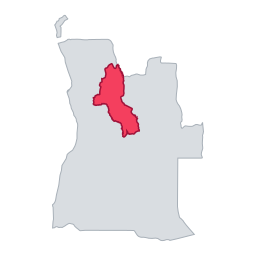 location of Malanje within Angola
{"feature_id": "AGO-1876", "entity_name": "Malanje", "entity_type": "Province", "adm_level": 1, "iso_a3": "AGO", "parent_name": "Angola", "parent_adm1": "", "projection": "equal_earth", "projection_center": [17.064, -9.524], "detail": "fine", "context": "in_parent", "style": "filled", "palette": "rose", "viewbox_px": 256, "rotation_deg": 0, "n_neighbors": 0, "source": "natural_earth", "source_scale": "10m", "svg_char_len": 8699}
<svg xmlns="http://www.w3.org/2000/svg" viewBox="0 0 256 256"><path d="M202.6,122.8L202.8,125.0L203.1,128.0L203.3,130.2L203.4,131.2L203.5,131.7L203.3,132.3L203.1,133.6L202.7,134.7L202.5,135.5L202.7,137.0L202.4,141.4L202.3,143.5L202.7,147.4L202.7,148.6L201.6,152.1L201.3,153.9L201.3,154.8L202.3,157.4L202.2,157.9L201.4,158.1L200.8,158.1L177.8,158.1L177.5,203.0L177.5,206.8L178.2,211.9L179.5,217.4L180.0,217.9L181.3,218.9L183.2,220.9L184.2,222.5L186.3,225.2L189.2,228.6L194.3,234.4L176.9,238.8L170.3,240.3L169.7,240.3L168.8,239.7L166.6,239.6L164.1,240.4L162.2,240.6L160.7,240.3L159.3,239.5L157.9,238.5L155.5,238.1L152.0,238.4L148.7,238.2L145.5,237.5L143.3,237.2L141.9,237.3L140.4,237.1L138.8,236.5L137.5,235.5L136.0,233.3L134.7,231.2L134.4,230.9L134.0,230.6L133.6,230.5L126.8,230.4L85.2,230.3L80.3,230.7L80.0,230.6L79.4,230.3L79.0,229.9L77.6,228.7L76.4,227.8L74.8,226.3L73.7,224.6L72.8,224.1L71.3,223.8L70.1,223.5L69.1,223.4L67.5,224.2L66.2,225.0L65.3,225.7L63.7,226.6L62.4,227.4L60.1,227.3L59.6,227.5L58.4,227.4L57.1,226.7L55.9,226.7L54.6,227.7L52.6,228.0L53.0,221.9L53.5,219.1L53.4,215.8L53.1,207.3L52.7,206.2L52.5,204.8L53.7,203.8L54.3,203.0L55.1,201.6L55.7,199.6L56.4,195.2L58.8,185.2L60.0,175.3L61.4,170.6L62.0,165.4L66.2,158.6L67.2,154.4L69.4,152.4L72.6,150.2L74.8,146.3L75.8,143.6L77.0,138.5L77.0,133.1L77.7,125.9L77.6,123.8L76.4,120.9L76.2,118.9L75.1,116.9L73.9,115.4L73.4,112.6L71.3,108.3L70.8,105.5L69.8,103.4L69.6,100.9L69.1,98.2L68.1,95.5L67.1,92.5L67.1,91.6L67.7,90.4L68.3,90.0L68.1,90.6L67.7,91.3L67.8,91.8L71.6,86.5L71.8,85.5L71.7,84.3L71.6,82.9L71.8,81.2L68.2,71.4L65.3,62.2L64.8,57.6L61.1,51.5L59.6,47.6L58.7,44.8L58.1,43.7L58.3,43.2L59.3,43.1L61.4,42.4L64.4,41.7L67.1,40.1L67.8,39.4L69.3,39.2L70.7,39.7L71.3,39.4L71.6,39.3L75.0,39.3L76.5,39.2L79.1,39.3L80.8,39.4L81.8,39.6L84.3,39.8L87.6,39.8L88.7,39.6L92.9,39.5L100.8,39.4L105.0,39.4L108.1,39.4L109.6,40.0L110.9,41.1L111.5,42.1L111.8,42.5L112.2,43.6L112.9,44.4L113.1,45.7L112.9,47.4L113.0,49.5L113.4,52.0L114.3,54.6L115.6,57.3L116.2,59.4L116.0,61.0L116.4,62.7L117.4,64.4L118.1,65.3L118.6,66.1L119.7,68.8L123.3,76.3L123.8,76.7L124.6,76.6L126.3,76.2L127.9,76.2L129.1,76.8L129.6,76.7L131.4,75.4L133.2,75.0L135.0,74.5L136.0,74.0L137.1,74.0L140.1,75.0L140.7,75.1L143.2,75.1L145.6,74.5L146.0,70.1L146.0,69.3L146.6,67.7L147.4,66.2L147.5,64.9L147.4,63.0L148.0,60.8L149.6,59.0L152.3,58.1L153.8,58.0L156.2,57.5L159.8,56.9L161.1,57.0L161.3,57.3L160.5,60.4L160.5,61.4L160.7,62.4L161.4,63.0L168.6,63.1L175.5,63.5L175.9,63.6L176.2,63.8L176.6,65.4L176.5,68.4L175.8,72.8L176.1,76.9L177.2,80.7L177.3,86.6L176.4,94.5L176.1,99.5L176.7,101.6L177.8,103.8L179.5,106.1L180.8,109.0L181.8,112.7L182.1,115.0L181.8,115.9L181.8,117.5L182.1,119.8L181.8,121.4L180.8,122.1L180.5,123.2L181.0,125.2L181.1,127.0L181.7,128.2L182.2,128.3L183.1,127.6L184.3,126.4L185.2,125.9L186.5,126.0L188.3,126.3L191.6,126.4L192.6,126.2L195.6,124.6L196.4,124.5L197.6,124.6L199.2,125.1L200.9,125.2L201.8,124.7L201.8,124.0L202.1,123.2L202.6,122.8ZM67.8,18.8L67.6,19.1L66.3,19.8L64.8,20.5L62.9,23.3L61.9,24.6L61.6,24.9L60.8,25.5L60.1,26.1L60.1,26.4L60.6,26.8L61.0,27.4L61.0,32.0L60.8,36.6L60.6,36.9L59.3,37.1L57.7,37.4L57.2,37.6L57.0,37.2L56.5,35.5L56.8,33.9L57.1,32.8L56.7,30.4L55.9,28.2L55.0,25.5L54.7,25.0L55.5,24.1L56.6,22.2L57.0,21.2L58.3,21.0L58.8,20.3L59.1,19.2L59.3,18.5L60.7,18.0L62.5,17.1L63.4,16.0L64.4,15.4L65.0,15.4L65.4,15.6L66.6,17.4L67.5,18.5L67.8,18.8Z" fill="#d9dde1" stroke="#a8b0b8" stroke-width="1"/><path d="M117.8,64.7L117.8,65.1L117.9,65.3L118.1,65.5L118.2,65.2L118.3,65.2L118.4,65.3L118.7,65.4L118.8,65.5L118.5,65.9L118.4,66.1L118.5,66.2L118.8,66.6L118.9,67.0L119.1,67.8L119.3,68.1L119.9,68.5L120.2,68.8L120.1,69.1L120.2,69.4L120.2,69.8L120.2,70.0L120.4,69.9L120.4,70.1L120.6,70.3L120.5,70.7L120.5,70.9L120.8,71.2L120.9,71.4L121.2,71.5L121.3,71.6L121.3,71.9L121.3,72.1L121.6,72.1L121.5,72.4L121.8,72.4L121.9,72.6L121.9,72.8L121.9,73.0L122.1,72.9L122.2,73.1L122.2,73.3L122.0,73.6L122.4,74.0L122.4,74.4L122.6,74.1L122.7,74.7L122.8,74.8L122.9,75.0L123.2,75.2L123.3,75.3L123.3,75.6L123.2,76.1L123.3,76.3L123.2,76.9L123.1,77.1L123.1,77.3L123.5,77.7L123.5,79.8L123.5,80.3L123.6,80.7L123.8,80.9L123.6,81.1L123.3,81.6L123.2,82.0L123.2,82.5L123.2,82.9L123.3,83.6L123.9,85.0L124.0,86.0L123.9,88.9L123.7,90.6L123.7,90.9L123.7,91.4L123.9,93.0L123.9,93.5L123.6,94.4L123.5,95.2L123.3,95.5L123.1,95.7L121.6,96.4L121.3,96.6L121.0,96.8L120.8,97.2L120.8,97.6L120.8,98.0L121.2,99.2L121.6,100.1L121.7,100.6L121.7,101.3L121.9,101.6L122.3,102.0L122.5,102.3L122.6,102.6L122.8,102.8L123.7,103.2L123.9,103.4L124.2,104.1L124.3,104.4L124.4,104.8L124.6,105.0L125.1,105.1L125.4,105.1L131.9,108.4L132.0,108.5L132.2,108.8L132.2,109.1L132.1,109.5L131.8,110.2L131.6,110.5L131.4,110.8L131.2,111.5L131.2,111.9L131.3,112.3L131.4,112.7L131.7,113.1L132.3,113.9L133.6,115.0L133.9,115.2L134.2,115.3L134.8,115.0L135.1,115.4L134.9,115.8L135.1,115.8L135.4,115.9L135.5,115.9L135.6,116.2L135.7,116.4L135.8,116.9L136.0,117.2L136.1,117.4L136.3,117.4L136.4,117.6L136.7,117.7L136.9,117.5L136.9,117.9L137.0,118.0L137.0,118.3L137.3,118.5L137.2,118.6L137.1,118.8L137.1,119.0L136.9,119.1L137.0,119.3L136.8,119.6L136.7,119.6L136.6,119.4L136.5,119.6L136.6,119.8L136.7,120.8L136.7,121.3L136.9,121.7L137.0,122.1L137.2,122.4L137.9,123.2L138.1,123.5L138.3,123.9L138.4,124.3L138.4,124.8L138.2,125.6L138.2,126.0L138.3,126.5L138.6,127.3L138.7,127.8L138.6,128.2L138.5,128.5L138.5,128.8L138.8,129.2L139.1,129.6L139.2,129.8L139.2,130.1L139.3,130.7L139.2,131.0L138.4,131.0L138.1,131.0L137.5,131.2L136.2,131.8L135.6,132.3L135.3,132.5L134.5,133.6L134.2,133.8L133.7,134.0L133.0,133.9L132.4,133.7L132.1,133.7L130.9,134.1L130.1,134.0L129.9,134.0L129.7,134.2L129.4,134.2L129.2,133.8L129.0,133.6L128.8,133.6L128.4,133.8L128.0,133.7L127.8,133.6L127.7,133.3L127.7,133.2L127.8,132.6L127.6,132.2L127.5,131.7L127.4,131.6L127.2,131.4L126.9,131.0L127.0,132.1L127.0,133.3L126.9,133.8L126.7,134.2L125.5,135.8L125.2,136.1L124.6,136.7L124.4,136.8L123.9,137.0L122.8,136.3L122.9,135.9L122.9,135.5L122.9,135.3L122.6,134.3L122.5,133.9L122.7,133.5L123.1,133.3L123.2,133.2L123.1,132.9L122.7,133.1L122.7,132.9L122.7,132.5L122.7,132.3L123.0,132.1L123.0,131.6L123.0,131.3L122.3,129.8L122.3,129.2L122.2,128.9L121.8,128.9L121.5,128.7L121.5,128.4L121.6,128.1L121.9,127.9L122.0,128.0L122.1,127.8L122.2,127.6L122.2,127.0L122.2,126.7L121.9,126.1L121.7,125.6L121.4,125.2L121.3,124.9L121.3,124.6L121.3,124.0L121.2,123.8L121.0,123.5L120.3,123.0L120.2,122.7L119.4,122.7L118.9,122.5L118.6,121.9L118.3,121.9L118.0,121.8L117.9,122.0L117.4,122.0L117.0,121.6L115.7,121.1L115.3,120.8L114.8,121.1L114.5,121.0L114.3,121.2L114.0,121.1L113.8,121.0L113.6,120.8L113.3,120.1L113.1,119.9L112.6,119.9L112.4,119.6L112.2,119.1L111.9,118.9L111.8,118.6L112.2,118.2L111.7,117.7L111.5,117.3L111.2,117.0L110.4,115.6L110.1,115.4L109.7,115.0L109.7,114.8L109.8,114.3L109.8,114.1L109.3,113.2L109.0,113.0L108.7,112.9L108.5,112.7L108.4,112.5L108.4,112.2L108.4,111.5L108.4,111.2L108.6,111.0L108.8,110.8L108.9,110.7L108.5,108.2L108.3,108.0L108.2,107.7L108.1,106.7L107.9,106.4L107.6,106.3L107.1,105.7L107.0,105.1L107.0,104.8L106.7,104.4L106.5,104.2L106.3,104.1L105.8,104.0L105.5,104.0L105.3,103.9L105.1,103.9L105.0,104.0L104.7,103.8L104.6,103.7L104.4,103.7L104.1,103.8L103.8,103.6L103.5,103.8L103.3,103.9L103.0,103.9L102.4,103.8L102.1,103.6L101.9,103.6L101.8,104.0L101.6,104.5L101.3,104.7L100.1,104.9L99.9,104.9L99.6,104.7L99.1,105.0L98.9,105.0L98.6,104.9L98.4,104.9L98.2,105.1L97.8,105.0L96.9,105.1L96.4,105.3L95.9,105.2L95.7,105.3L95.5,105.2L95.2,105.0L94.9,105.0L94.4,105.0L94.4,104.9L94.1,104.5L93.7,104.4L93.5,104.1L93.3,104.0L93.3,103.8L93.6,103.3L93.7,103.0L93.8,102.5L93.8,102.0L93.7,101.5L93.4,100.8L93.4,100.5L94.0,99.4L93.9,98.7L93.3,97.9L93.4,97.6L93.6,97.6L94.3,97.6L94.8,97.3L94.9,96.7L95.1,96.1L95.4,95.6L95.7,95.5L96.2,95.5L96.5,95.4L96.9,94.9L97.3,94.8L97.8,94.4L98.1,94.4L98.3,94.6L98.9,94.7L99.4,94.6L99.7,94.4L99.8,94.2L99.8,93.1L99.8,92.1L99.8,91.8L99.9,91.3L100.1,89.7L100.5,88.2L100.7,87.4L100.8,87.1L100.8,86.7L100.6,86.4L100.0,86.1L99.8,85.8L99.6,85.4L99.5,85.1L99.7,84.5L100.1,83.6L100.2,83.3L100.2,83.0L100.3,82.8L100.5,82.6L101.8,82.0L102.0,81.8L102.0,81.4L101.9,81.1L101.9,80.2L101.8,79.3L101.8,78.6L102.6,78.7L102.9,78.7L103.2,78.6L103.7,78.2L104.6,77.8L104.9,77.7L105.4,77.0L105.6,75.5L105.9,74.6L105.9,74.2L105.9,73.8L105.8,73.0L105.0,69.8L105.0,69.4L105.0,69.0L105.2,68.6L105.6,68.2L106.0,68.1L106.6,68.0L107.0,67.8L107.7,67.1L108.5,65.6L109.4,64.8L111.3,63.8L111.5,63.7L111.8,63.8L112.0,63.9L112.2,64.2L112.4,64.5L112.7,65.3L113.9,67.6L114.2,67.9L114.4,68.2L114.7,68.3L115.0,68.4L115.3,68.4L115.6,68.3L115.8,68.1L116.1,67.7L116.2,67.2L116.3,66.9L116.4,66.0L116.5,65.6L116.7,65.4L117.1,65.0L117.8,64.7Z" fill="#f43f5e" stroke="#9f1239" stroke-width="1.5"/></svg>